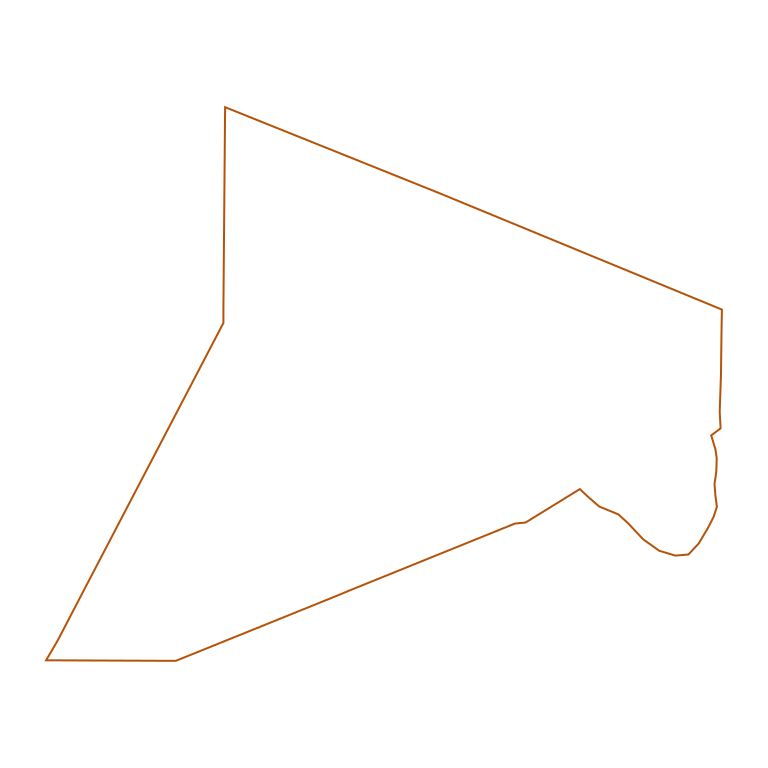 the district of Francinópolis, Piauí, Brazil
{"feature_id": "56859067B56401376312318", "entity_name": "Francinópolis", "entity_type": "district", "adm_level": 2, "iso_a3": "BRA", "parent_name": "Brazil", "parent_adm1": "Piauí", "projection": "orthographic", "projection_center": [-42.191, -6.417], "detail": "fine", "context": "isolated", "style": "outline", "palette": "amber", "viewbox_px": 768, "rotation_deg": 0, "n_neighbors": 0, "source": "geoboundaries", "source_scale": "gbopen_adm2", "svg_char_len": 580}
<svg xmlns="http://www.w3.org/2000/svg" viewBox="0 0 768 768"><path d="M165.0,660.8L175.9,660.8L340.7,594.2L349.4,590.5L514.8,523.6L525.6,522.5L579.8,489.1L588.4,497.1L599.3,506.6L618.4,514.4L628.4,523.6L643.0,539.2L659.3,550.8L675.4,555.6L688.4,554.5L698.7,543.5L707.8,528.2L713.6,516.9L716.9,506.8L715.4,495.6L714.5,483.9L716.3,471.8L716.7,458.0L715.4,449.2L711.2,435.4L720.6,428.3L719.7,411.9L721.0,373.7L721.5,332.5L721.9,309.6L439.6,193.3L225.1,107.2L223.4,309.6L223.4,323.0L80.7,596.3L57.9,640.1L46.1,660.3L165.0,660.8Z" fill="none" stroke="#b45309" stroke-width="2"/></svg>